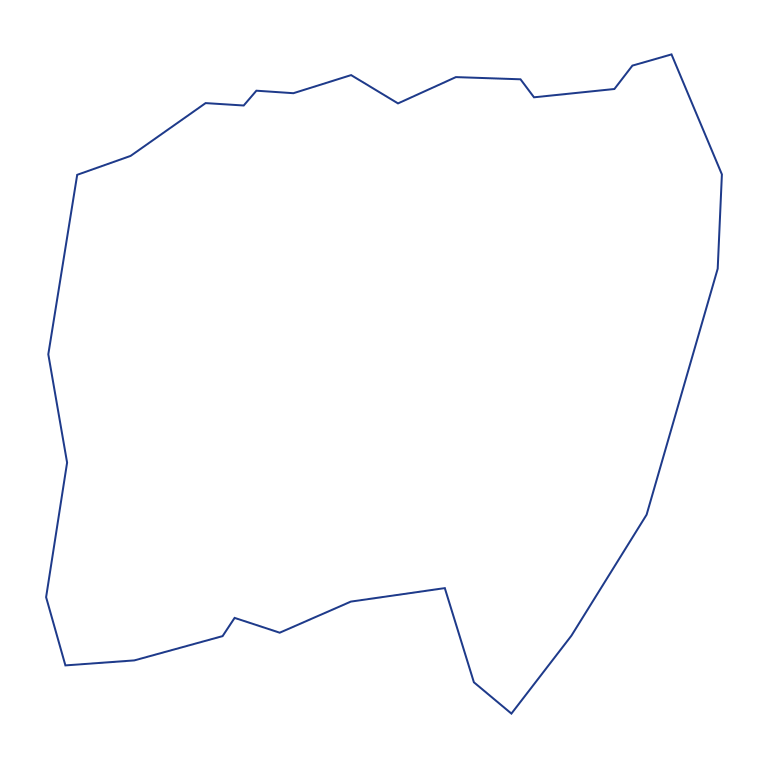 the district of Alexander, North Carolina, United States of America
{"feature_id": "52423323B44414006635896", "entity_name": "Alexander", "entity_type": "district", "adm_level": 2, "iso_a3": "USA", "parent_name": "United States of America", "parent_adm1": "North Carolina", "projection": "mercator", "projection_center": [-81.171, 35.911], "detail": "fine", "context": "isolated", "style": "outline", "palette": "blue", "viewbox_px": 768, "rotation_deg": 0, "n_neighbors": 0, "source": "geoboundaries", "source_scale": "gbopen_adm2", "svg_char_len": 509}
<svg xmlns="http://www.w3.org/2000/svg" viewBox="0 0 768 768"><path d="M511.4,713.6L571.4,635.7L646.6,514.7L717.7,268.7L721.9,174.4L702.7,128.7L695.2,110.9L671.5,54.4L632.4,65.6L614.4,89.0L534.0,97.3L520.5,79.3L455.9,77.1L398.0,103.4L351.1,75.1L293.4,93.2L256.4,90.7L243.7,105.5L205.6,103.1L130.6,155.9L77.2,174.8L48.3,354.3L67.1,462.6L46.1,597.2L65.4,665.4L134.3,660.4L222.6,636.1L234.6,617.9L279.7,632.7L350.8,601.6L444.8,588.1L473.9,682.3L511.4,713.6Z" fill="none" stroke="#1e3a8a" stroke-width="2"/></svg>